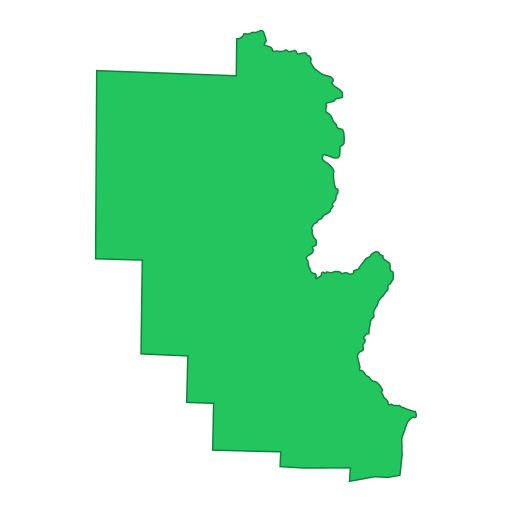 Marinette, Wisconsin, United States of America
{"feature_id": "52423323B24542313497081", "entity_name": "Marinette", "entity_type": "district", "adm_level": 2, "iso_a3": "USA", "parent_name": "United States of America", "parent_adm1": "Wisconsin", "projection": "mercator", "projection_center": [-87.807, 45.381], "detail": "fine", "context": "isolated", "style": "filled", "palette": "green", "viewbox_px": 512, "rotation_deg": 0, "n_neighbors": 0, "source": "geoboundaries", "source_scale": "gbopen_adm2", "svg_char_len": 4166}
<svg xmlns="http://www.w3.org/2000/svg" viewBox="0 0 512 512"><path d="M317.3,70.8L314.0,68.2L310.7,62.6L310.8,59.6L311.1,59.3L310.7,57.9L309.2,55.9L307.2,55.3L306.3,53.4L304.8,52.9L303.8,53.0L300.1,53.4L298.6,54.3L297.7,54.2L297.1,53.7L296.6,52.0L296.0,51.2L295.3,50.6L294.8,50.4L294.1,50.5L293.6,51.0L288.7,51.7L286.9,50.3L285.9,49.9L283.9,51.1L280.2,51.5L276.3,51.0L274.4,51.5L272.8,51.1L272.4,50.4L272.6,49.7L271.5,47.9L269.4,46.6L267.7,46.3L264.1,44.9L265.2,42.1L265.9,41.9L266.2,40.8L265.5,37.6L263.5,32.0L262.8,31.1L262.2,30.7L260.5,30.7L258.3,31.5L256.2,32.5L252.2,32.4L249.9,33.6L248.5,34.1L247.0,34.1L246.1,33.8L243.8,33.9L243.6,34.1L243.3,35.6L241.9,37.1L240.4,37.8L239.6,38.6L236.7,38.8L236.3,75.8L96.7,70.6L96.4,125.8L95.6,258.8L142.3,260.1L141.0,353.9L187.8,355.9L186.7,402.4L213.6,403.3L212.7,450.1L257.3,451.3L280.7,451.8L280.1,466.6L303.4,468.0L350.4,467.9L349.5,481.3L374.7,476.7L387.9,477.4L399.9,475.3L402.1,455.2L401.7,438.5L407.5,422.0L410.8,418.4L413.5,416.9L414.7,417.6L416.1,416.8L416.4,414.5L415.2,411.4L414.6,411.7L405.8,408.8L403.2,407.5L400.9,407.0L400.5,406.7L400.2,406.0L399.5,405.5L397.7,405.6L393.1,405.4L391.5,404.2L389.7,404.8L388.6,404.8L388.1,404.4L388.1,402.1L387.8,401.6L385.9,399.1L384.4,398.0L383.9,397.3L381.7,392.6L381.5,392.0L382.5,390.4L382.6,389.9L379.5,385.0L377.8,383.2L376.3,382.1L375.2,381.5L373.1,381.2L372.0,380.6L370.5,379.3L370.2,378.6L369.0,377.0L366.5,375.8L364.5,373.6L364.0,372.4L362.8,371.2L361.6,370.5L359.9,370.2L359.6,369.8L359.4,369.2L359.9,366.9L357.4,356.4L357.4,355.7L358.3,353.6L359.5,352.2L362.7,350.4L363.3,349.7L363.4,347.9L362.9,346.0L363.1,344.5L364.8,342.1L365.2,340.2L365.0,339.4L363.8,338.5L363.7,337.7L364.1,336.8L366.4,334.0L366.8,333.8L368.2,333.9L368.7,333.6L369.0,333.1L369.0,330.3L369.9,325.2L370.4,323.2L369.9,322.1L372.2,318.4L373.8,317.2L373.9,315.7L373.5,313.2L374.0,310.6L375.8,307.3L377.0,305.9L378.1,302.6L378.1,301.6L381.3,297.4L382.8,296.3L385.8,291.7L386.6,291.3L387.2,290.7L388.0,289.0L387.8,286.2L388.0,285.6L388.7,284.8L390.2,283.8L393.1,279.2L393.4,276.0L393.3,273.1L393.0,272.2L392.2,271.4L391.1,271.2L389.9,268.8L390.2,266.6L389.9,264.1L389.6,263.3L383.4,258.8L383.1,258.2L383.0,256.3L382.9,255.8L379.9,254.5L378.7,252.4L377.0,251.8L375.6,251.8L373.4,252.9L371.7,254.2L370.8,255.1L370.2,256.5L366.1,258.5L360.6,265.6L358.9,268.2L358.7,269.0L353.9,270.7L353.6,271.2L353.7,272.5L352.7,273.8L349.6,274.3L347.0,272.8L346.1,272.8L345.2,272.8L341.7,273.6L339.8,272.0L338.9,271.6L335.0,271.5L331.4,272.8L326.4,272.0L326.2,272.6L325.7,273.1L324.9,273.2L323.8,272.4L322.8,272.2L321.7,272.9L321.2,275.4L320.6,276.1L316.7,278.5L316.1,278.6L315.6,278.1L315.6,277.6L316.2,276.4L316.0,274.8L315.1,273.7L312.8,273.2L312.0,272.8L311.0,271.8L310.5,270.9L310.3,270.2L310.1,269.0L309.6,267.9L309.0,267.7L307.9,261.8L307.8,260.7L306.3,258.8L306.4,257.5L307.1,256.4L308.2,255.5L310.5,254.3L312.5,252.7L313.5,250.0L312.5,248.2L312.4,247.8L312.6,246.9L315.8,245.3L316.4,244.2L316.3,241.1L315.9,239.9L315.4,239.2L313.8,237.5L312.1,233.5L312.3,230.2L311.6,228.3L311.7,227.6L314.1,223.8L317.1,222.3L318.1,220.0L321.5,218.6L322.6,217.2L322.8,216.4L324.7,214.7L327.2,213.7L330.2,211.4L330.2,210.4L330.8,209.3L333.0,206.5L333.0,205.9L332.4,204.4L332.6,203.3L335.6,200.0L335.8,199.2L336.0,196.6L336.6,194.8L337.7,192.8L338.0,191.9L337.8,189.2L335.7,188.5L334.3,184.2L333.6,178.5L333.4,174.9L333.5,173.2L333.9,171.8L333.9,171.1L332.5,168.2L330.0,165.5L328.0,163.6L324.8,161.6L322.9,159.9L322.6,159.5L322.4,157.9L323.1,154.9L324.0,154.5L330.0,156.4L332.9,157.7L336.1,158.1L338.1,157.6L338.7,157.0L339.5,156.0L339.7,154.9L340.0,151.1L340.0,147.6L340.2,146.8L340.7,146.2L342.3,145.3L343.9,143.7L344.3,138.7L343.7,132.4L342.5,129.5L338.2,128.3L336.8,127.2L336.7,125.4L336.3,124.6L333.5,121.7L331.3,116.3L328.6,113.5L326.9,112.6L326.0,111.7L325.8,108.4L326.5,106.9L326.6,105.8L326.2,104.8L326.1,103.7L326.4,103.2L333.9,101.2L335.6,99.2L337.0,98.5L342.2,97.5L342.4,97.1L342.5,96.3L342.5,93.6L342.0,92.1L339.9,89.9L334.5,86.2L333.3,85.2L331.7,83.0L331.7,82.7L333.3,80.9L333.3,80.2L333.0,79.2L331.3,77.3L330.5,76.7L323.2,74.7L321.0,73.6L317.3,70.8Z" fill="#22c55e" stroke="#15803d" stroke-width="1.5"/></svg>